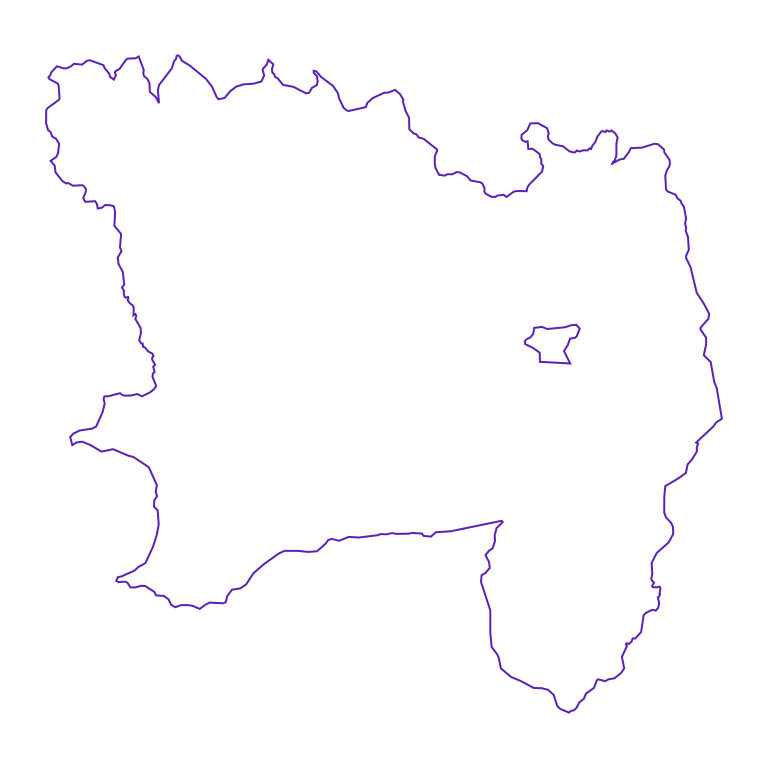 outline of Mutshatsha, Katanga, Democratic Republic of the Congo
{"feature_id": "63176286B57018267641486", "entity_name": "Mutshatsha", "entity_type": "district", "adm_level": 2, "iso_a3": "COD", "parent_name": "Democratic Republic of the Congo", "parent_adm1": "Katanga", "projection": "albers", "projection_center": [25.024, -10.86], "detail": "fine", "context": "isolated", "style": "outline", "palette": "violet", "viewbox_px": 768, "rotation_deg": 0, "n_neighbors": 0, "source": "geoboundaries", "source_scale": "gbopen_adm2", "svg_char_len": 5987}
<svg xmlns="http://www.w3.org/2000/svg" viewBox="0 0 768 768"><path d="M72.3,445.1L76.4,442.5L82.2,441.7L90.1,444.9L101.5,451.6L113.1,449.2L127.6,455.4L133.8,457.2L148.9,467.3L156.9,485.4L155.7,491.3L157.0,496.3L154.2,500.5L154.0,506.5L157.7,510.5L158.7,524.6L156.8,534.7L153.1,546.5L145.4,563.1L138.2,567.1L134.7,570.5L121.5,576.4L117.8,577.2L116.3,580.9L118.6,582.2L124.3,581.6L127.4,582.6L130.4,587.4L135.5,587.4L141.1,585.8L145.1,586.0L154.3,591.8L156.1,595.4L163.9,595.9L168.5,599.3L171.2,604.9L175.3,607.2L181.3,605.1L187.4,605.1L192.2,605.7L199.8,608.9L205.5,604.6L209.7,602.6L223.2,603.3L225.8,602.2L227.2,596.1L232.0,589.7L240.2,588.4L246.1,584.5L253.3,573.4L263.7,564.3L278.8,553.5L284.4,550.9L298.0,550.9L308.1,551.9L317.0,551.3L325.6,543.7L328.3,540.0L331.8,538.9L339.1,540.8L348.6,536.9L358.8,537.5L378.0,535.2L380.3,534.1L386.9,534.3L392.0,533.1L396.5,533.9L409.1,533.7L411.8,532.9L422.1,533.6L423.5,535.9L430.9,536.6L436.0,532.2L450.5,531.3L501.6,520.8L502.7,522.1L496.6,528.0L494.7,535.4L495.0,541.0L492.6,548.4L489.0,550.8L485.5,555.1L489.0,562.0L489.8,567.9L485.2,573.2L481.6,575.2L481.0,581.9L490.3,610.4L490.3,632.5L491.6,646.8L497.2,654.4L498.8,658.1L500.9,668.4L511.1,677.0L520.1,680.7L533.8,688.0L541.7,688.2L548.1,689.8L553.7,695.0L557.4,706.2L560.4,709.0L569.0,712.6L570.9,710.8L573.8,710.4L576.3,708.1L579.3,702.4L583.9,698.7L586.0,693.6L594.0,687.9L596.8,680.4L598.3,679.3L605.2,681.2L608.2,679.4L614.7,678.2L621.3,672.7L624.2,668.3L621.9,656.9L626.9,646.2L625.9,644.4L626.4,643.3L628.9,644.0L631.5,641.6L632.7,638.4L635.2,638.5L641.2,631.9L643.6,615.2L645.7,613.1L650.6,610.5L653.0,609.8L655.7,610.7L658.2,607.7L659.2,603.1L657.8,597.4L659.1,596.6L660.1,594.0L659.5,593.5L660.5,588.4L659.4,586.6L656.9,587.4L652.9,587.1L652.1,586.0L654.0,582.7L651.6,580.2L651.3,578.8L652.3,573.7L651.6,563.0L656.8,552.9L668.7,542.4L673.2,534.0L673.0,527.0L671.1,522.8L666.1,517.5L664.2,512.6L664.3,496.6L665.3,486.1L678.6,478.2L685.9,472.9L687.6,464.5L692.2,459.1L697.0,451.3L696.7,447.8L698.1,443.6L696.1,442.6L713.7,426.1L716.1,422.5L721.9,418.7L716.7,388.0L714.2,381.8L710.7,362.0L703.8,355.2L706.2,344.2L706.1,337.7L700.5,329.5L700.7,327.5L708.3,318.9L709.2,313.9L703.9,303.7L696.7,292.7L690.6,267.3L686.2,258.1L686.0,256.1L688.8,249.8L688.0,237.0L685.6,230.5L686.2,228.0L685.1,223.5L686.1,218.6L683.9,206.6L681.7,203.8L680.7,200.9L677.3,198.2L675.6,194.7L667.4,191.4L666.0,189.1L665.3,175.6L666.9,170.4L669.3,166.5L670.0,163.3L669.4,159.6L664.4,152.5L664.0,149.5L657.8,144.1L654.3,143.8L642.1,147.6L630.7,148.2L628.9,152.1L623.8,158.8L619.8,159.5L612.4,163.4L613.2,161.7L614.8,160.8L616.4,155.2L616.4,143.8L617.6,137.4L615.2,133.3L611.4,130.5L609.6,131.6L606.7,130.4L605.3,132.1L602.8,131.1L601.4,131.4L597.4,136.6L595.3,142.1L592.3,145.8L591.1,149.0L589.6,148.4L587.7,150.3L583.0,150.3L579.9,151.5L576.7,150.6L575.2,152.3L573.3,152.4L569.2,151.2L563.1,146.3L555.5,144.8L552.5,143.3L548.4,139.4L547.9,135.7L548.8,133.6L547.1,128.2L538.0,123.2L530.3,123.4L527.2,130.3L521.7,134.7L521.4,138.3L522.0,140.0L525.4,141.9L527.6,141.2L528.3,148.9L532.8,148.9L539.6,154.0L540.2,157.6L541.4,159.3L541.2,163.6L543.3,166.2L542.0,171.6L528.8,185.0L527.2,188.1L526.7,191.2L516.9,191.0L513.7,191.7L506.4,197.0L503.6,194.8L497.2,195.6L495.5,196.9L491.5,196.9L485.7,193.8L484.3,191.4L484.6,188.2L482.3,183.5L480.1,182.2L470.5,180.5L467.0,176.2L459.6,172.3L456.6,172.1L452.2,174.3L447.5,174.2L444.8,175.6L439.2,174.9L435.4,167.8L434.7,162.4L434.9,156.0L437.2,150.6L436.7,149.2L423.6,138.8L418.5,137.4L416.6,134.5L413.5,133.3L409.3,129.2L409.1,117.8L405.5,110.8L402.9,101.4L403.4,99.7L400.1,94.2L395.1,89.9L388.6,92.5L384.1,92.8L372.9,98.0L367.3,102.9L365.9,107.1L348.7,111.0L346.6,110.4L343.6,107.8L339.0,98.2L338.0,93.3L333.2,86.1L321.2,77.0L316.5,71.5L313.7,70.8L313.8,73.0L316.9,76.0L317.7,81.1L316.8,85.1L311.9,87.9L309.2,92.7L306.1,93.4L293.6,86.9L283.0,84.9L277.8,78.4L275.1,76.9L274.3,74.5L272.3,72.4L272.0,69.1L273.3,64.3L268.4,59.8L266.8,64.5L263.0,68.8L262.7,70.6L264.2,75.4L261.4,81.5L253.5,83.7L243.5,84.4L236.3,86.6L230.1,91.3L224.6,98.0L218.4,99.2L216.6,96.9L212.1,86.8L206.0,78.9L189.9,65.6L182.1,60.9L179.5,56.3L178.0,55.4L176.7,55.8L176.1,58.8L174.0,61.4L171.8,68.4L159.0,85.1L157.9,90.2L159.0,103.2L155.9,97.2L149.8,91.8L149.5,83.3L147.3,78.8L144.2,76.3L143.2,73.1L143.8,70.1L138.7,56.5L135.5,58.3L127.8,58.6L126.0,59.8L119.3,69.2L115.4,71.2L114.9,72.4L115.9,75.3L113.8,79.6L110.2,76.9L109.1,73.6L104.5,67.9L103.5,65.2L89.8,60.2L86.7,60.9L82.1,64.6L74.0,63.8L71.0,66.3L66.8,68.3L63.7,68.4L56.9,66.3L51.3,72.3L50.4,75.0L48.4,77.4L49.6,79.2L57.7,83.5L58.6,85.4L59.6,98.4L59.2,99.6L47.9,107.9L46.4,109.6L46.2,111.5L46.1,123.2L48.0,130.0L50.3,131.7L52.3,136.6L56.0,138.7L59.2,143.9L58.0,153.3L56.3,156.9L50.6,160.9L54.7,165.6L55.5,172.3L62.1,180.8L66.0,183.4L68.4,183.1L72.9,185.7L82.5,185.2L84.6,186.9L85.9,189.1L85.8,191.7L83.2,198.2L85.3,201.8L95.2,201.2L97.0,204.1L97.7,208.5L102.1,207.6L104.9,205.1L109.6,205.1L113.8,206.2L115.1,211.6L114.4,225.8L121.1,234.0L120.0,247.4L121.5,251.2L117.7,257.6L118.6,264.1L122.8,272.0L124.2,284.5L122.0,287.5L124.2,291.3L123.6,292.9L124.5,296.6L125.7,297.6L128.1,297.0L128.5,298.1L127.6,300.0L129.4,302.8L132.9,305.7L133.7,307.6L133.5,315.4L135.4,314.1L136.3,316.2L135.3,318.9L140.7,328.1L140.9,333.3L139.1,340.4L141.4,343.6L142.7,343.6L143.1,346.8L144.9,347.4L148.3,351.5L152.4,353.6L153.5,355.8L152.1,358.1L152.2,359.6L155.1,364.8L153.2,366.7L154.6,371.9L152.9,373.7L152.5,376.8L156.2,385.9L153.8,389.4L149.8,392.5L142.1,396.3L137.1,394.0L131.8,395.4L125.3,395.7L122.7,395.2L120.1,393.2L108.0,396.3L104.5,396.3L103.6,398.8L104.7,403.5L102.6,412.1L96.1,426.6L91.8,428.7L79.7,430.5L73.4,433.6L70.2,437.0L72.3,445.1ZM579.7,328.7L576.7,336.4L575.2,337.7L570.0,338.7L567.8,345.0L564.0,351.1L570.2,363.5L539.9,361.8L539.7,352.7L533.0,347.9L525.2,344.1L524.8,341.4L526.6,339.2L530.4,337.4L533.3,333.7L534.2,327.9L542.0,326.9L547.3,329.0L565.4,327.2L571.2,325.2L576.3,324.8L579.7,328.7Z" fill="none" stroke="#5b21b6" stroke-width="2"/></svg>